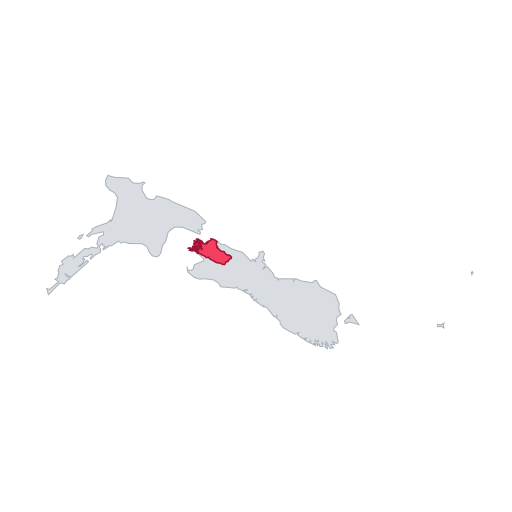 Marlborough District on a map of New Zealand (orthographic projection), rotated 261°
{"feature_id": "NZL-3401", "entity_name": "Marlborough District", "entity_type": "Unitary Authority", "adm_level": 1, "iso_a3": "NZL", "parent_name": "New Zealand", "parent_adm1": "", "projection": "orthographic", "projection_center": [173.864, -41.59], "detail": "fine", "context": "in_parent", "style": "filled", "palette": "rose", "viewbox_px": 512, "rotation_deg": 261, "n_neighbors": 0, "source": "natural_earth", "source_scale": "10m", "svg_char_len": 9453}
<svg xmlns="http://www.w3.org/2000/svg" viewBox="0 0 512 512"><g transform="rotate(261 256 256)"><path d="M259.4,203.8L261.4,203.9L270.3,196.9L274.0,195.4L275.0,195.3L273.0,197.4L273.5,198.8L271.4,203.6L273.1,202.8L274.2,199.5L275.4,198.9L274.9,197.1L280.3,197.7L278.5,201.0L275.6,202.9L277.4,203.0L281.5,199.7L281.4,201.6L276.1,207.2L277.7,210.3L276.4,212.9L277.9,212.6L279.9,214.5L278.7,217.1L273.0,223.6L272.1,226.9L267.1,232.7L261.6,243.4L251.5,250.4L253.4,252.3L249.9,255.0L252.7,254.4L254.7,258.5L259.2,259.8L259.6,263.7L256.7,264.8L253.8,263.0L249.6,263.8L251.0,262.2L249.2,261.1L246.2,264.4L241.7,260.6L244.2,265.1L235.6,270.5L232.0,271.0L230.7,273.8L228.7,274.1L229.9,275.0L227.6,289.3L225.2,289.3L227.5,290.8L227.2,292.2L224.4,296.5L220.9,307.5L222.5,310.0L222.3,311.8L215.3,314.9L205.5,328.4L196.2,330.7L190.8,329.5L184.7,330.8L183.4,327.2L181.2,325.4L175.6,325.8L172.8,322.0L170.4,321.1L167.8,323.5L159.2,323.8L157.5,323.3L157.1,321.8L160.0,317.5L157.2,319.9L155.9,319.8L156.9,317.8L156.6,316.1L153.2,318.2L153.2,314.6L160.9,311.7L157.7,311.6L157.4,310.4L160.3,307.5L156.2,308.1L156.6,304.9L158.9,304.7L157.9,302.5L162.8,304.5L162.0,302.4L163.8,301.6L160.4,300.2L160.1,298.0L161.6,296.1L163.8,296.7L162.2,294.8L165.8,290.6L167.0,293.6L167.0,289.2L171.6,284.7L173.8,286.2L172.6,282.4L180.4,272.1L185.0,269.3L187.7,269.6L191.8,266.3L193.8,267.4L192.9,265.3L193.4,264.2L204.3,258.1L204.3,256.2L205.5,255.9L204.6,255.5L210.8,249.1L213.5,249.4L211.8,247.7L214.4,246.0L217.1,247.1L215.5,245.2L217.9,244.0L219.1,245.6L219.2,243.2L222.9,238.2L223.7,242.1L224.2,241.5L223.9,237.6L226.5,233.0L228.6,232.0L227.5,230.6L231.1,216.3L235.4,214.5L239.1,210.2L241.4,202.2L242.1,196.3L244.4,191.8L250.8,186.1L256.2,186.1L252.5,186.7L252.0,189.6L253.1,192.0L257.1,193.7L259.4,203.8ZM255.2,46.7L261.5,57.0L264.6,53.8L265.1,56.2L271.1,59.0L272.2,58.0L277.1,60.7L277.9,64.3L281.3,63.1L285.5,70.9L284.8,72.9L286.1,75.7L282.6,75.9L290.2,87.9L289.2,92.1L290.5,94.9L288.6,100.2L291.7,101.9L292.9,100.6L299.3,103.9L300.9,108.9L303.8,108.9L303.0,96.9L301.1,93.8L302.5,91.9L306.6,98.3L308.3,98.1L310.1,103.3L312.0,114.5L314.5,118.1L313.1,117.5L312.8,118.4L314.1,119.4L326.1,125.5L335.3,128.3L340.6,126.2L343.9,121.9L349.3,118.6L354.1,119.2L358.8,122.3L355.9,128.4L352.9,142.1L347.4,145.8L345.9,152.7L346.8,155.6L345.7,157.8L343.6,154.7L338.9,153.6L330.7,156.8L328.3,160.1L327.9,164.4L330.9,167.3L325.7,178.5L322.9,181.5L309.8,202.6L297.8,211.7L296.3,210.8L295.4,207.1L290.4,207.2L290.8,203.0L290.2,202.5L288.2,204.9L286.1,204.0L295.6,188.5L297.3,180.8L295.6,176.7L293.1,172.9L285.2,169.5L281.3,165.5L273.8,162.4L271.6,160.4L270.7,157.9L272.2,153.8L276.3,151.2L282.3,149.7L285.9,145.5L288.2,132.5L290.5,127.8L289.8,124.8L292.2,122.7L288.6,114.4L289.3,111.9L288.2,111.5L286.0,106.2L287.4,106.0L288.7,109.0L290.1,106.5L292.4,106.0L289.7,102.6L286.3,103.6L284.0,102.6L282.2,97.5L278.7,92.1L279.7,91.9L282.6,94.6L283.6,92.5L281.8,89.4L282.5,86.2L280.2,84.4L279.9,86.4L275.8,83.4L273.5,78.5L273.6,81.0L278.2,88.2L276.9,89.7L276.1,89.0L264.0,70.0L268.0,64.8L265.5,65.8L263.3,69.0L262.1,67.7L261.3,65.3L258.3,62.2L259.6,60.3L259.7,57.8L250.2,44.9L256.7,44.2L255.2,46.7ZM178.0,333.3L181.4,337.9L179.7,337.7L179.8,338.8L183.1,339.6L183.2,341.7L172.2,346.9L176.0,338.4L175.3,333.6L178.0,333.3ZM159.2,428.3L160.5,431.2L156.9,430.0L155.2,430.8L157.6,427.6L157.6,424.4L160.1,424.6L159.2,428.3ZM303.6,85.0L304.3,88.7L300.5,85.9L300.3,84.0L301.4,82.7L303.6,85.0ZM273.4,194.0L271.1,195.4L271.6,192.4L274.3,190.5L273.4,194.0ZM156.6,310.7L156.5,312.4L153.2,312.0L155.5,309.8L156.6,310.7ZM206.0,466.1L206.8,467.2L205.4,467.8L203.8,466.2L206.0,466.1ZM159.4,299.3L160.4,302.1L158.1,300.8L159.4,299.3Z" fill="#d9dde1" stroke="#a8b0b8" stroke-width="1"/><path d="M267.7,198.5L268.0,198.4L268.3,198.5L268.5,198.8L268.7,199.2L268.7,199.7L268.9,199.7L269.0,199.5L269.0,199.4L269.1,199.5L269.5,199.5L269.2,199.0L269.5,198.7L269.9,198.6L270.4,198.3L270.5,198.1L270.5,197.8L270.3,197.7L270.1,197.6L269.4,198.1L269.3,197.6L269.6,197.2L269.8,197.1L270.6,196.6L271.4,196.5L271.9,195.8L272.4,195.5L272.3,196.5L272.7,196.6L273.3,196.0L273.4,195.5L273.5,195.5L273.8,195.4L274.7,194.9L275.0,194.9L275.4,195.0L275.6,195.7L275.3,195.7L274.4,195.5L274.5,195.8L274.3,196.2L274.2,196.5L274.0,196.4L273.8,196.4L273.6,196.5L273.4,196.6L273.6,196.9L273.8,197.0L273.5,197.3L272.9,197.4L272.4,197.5L272.1,197.2L271.9,197.2L271.3,197.2L271.1,197.5L271.5,197.9L271.3,198.1L271.1,198.3L271.1,198.5L271.4,198.6L271.3,198.9L271.2,199.1L270.9,199.5L271.0,199.7L271.3,199.8L271.4,199.7L271.5,199.3L271.9,198.7L273.1,198.4L273.7,198.3L274.2,198.6L273.8,198.6L273.7,198.7L273.6,199.2L273.0,198.9L272.9,198.9L272.8,199.1L273.0,199.5L272.9,199.7L272.9,199.8L272.7,199.8L272.6,199.7L272.5,200.2L272.2,200.4L271.9,200.5L271.8,200.8L272.0,200.8L272.3,201.0L272.6,201.2L272.7,201.5L272.7,201.8L272.5,202.3L272.5,202.6L272.3,202.8L271.8,203.1L270.8,203.4L270.9,203.7L271.0,203.8L271.3,204.0L273.1,202.9L273.8,202.7L273.5,202.5L273.1,202.5L273.0,202.3L273.7,202.2L274.1,202.2L274.3,202.3L274.6,202.4L275.0,202.4L275.5,202.3L275.7,202.1L275.4,201.8L276.4,201.9L276.9,201.7L277.3,201.3L275.3,201.4L275.0,201.4L275.0,201.5L274.9,201.7L274.8,201.8L274.6,201.7L274.4,201.6L274.5,201.3L273.6,201.7L273.1,201.7L273.0,201.0L273.1,200.6L273.2,200.4L273.7,200.0L273.7,199.9L273.7,199.6L274.0,199.5L274.0,199.4L274.0,199.1L274.7,199.2L274.5,199.6L274.4,199.9L274.5,200.7L274.8,200.1L275.0,199.6L275.2,199.4L275.7,199.4L275.5,198.9L275.4,198.7L275.7,198.2L275.7,197.9L275.5,197.6L275.3,197.6L275.1,197.8L275.1,198.2L274.9,198.4L274.7,198.3L274.2,197.7L274.7,197.5L274.5,197.2L274.5,196.9L274.9,197.0L274.9,196.5L275.2,196.6L275.9,197.3L276.2,197.5L276.6,197.7L276.9,197.5L277.2,197.1L277.5,197.4L277.8,197.3L278.0,196.9L277.9,196.5L278.2,196.6L278.5,196.9L278.7,197.2L278.8,197.5L278.7,198.0L278.3,198.1L278.2,198.2L278.2,198.4L278.3,198.6L278.6,198.9L278.9,198.7L279.2,198.4L279.6,198.0L280.3,197.2L280.6,197.1L280.7,197.4L280.6,197.8L279.7,199.3L279.5,199.5L279.5,200.0L279.4,200.1L279.2,200.3L279.0,200.5L278.8,200.7L278.6,200.7L278.5,200.4L278.5,199.5L278.5,199.4L278.3,199.5L278.2,200.0L277.9,199.9L277.9,200.1L278.0,200.4L278.1,200.7L278.5,201.1L278.6,201.3L278.7,201.6L278.4,201.8L278.4,201.7L278.0,201.9L277.7,202.4L277.4,202.4L276.5,202.4L276.0,202.6L275.7,202.9L275.3,202.7L275.1,202.8L275.0,203.1L274.7,202.9L274.4,203.0L274.1,203.2L273.9,203.5L274.2,203.7L274.7,203.6L274.9,203.5L275.3,203.6L275.5,203.5L275.8,203.3L276.1,203.1L276.3,203.0L276.7,203.1L277.0,202.9L277.5,202.7L277.7,203.0L278.0,203.2L278.2,203.3L278.4,203.4L278.7,203.3L278.9,203.1L279.6,203.0L279.9,202.8L280.7,202.3L280.4,202.9L280.2,203.4L279.5,204.1L279.4,204.6L279.2,204.8L278.7,204.9L278.3,205.2L278.0,205.3L278.1,205.1L278.4,204.6L278.4,204.4L277.9,204.7L277.7,204.7L277.8,204.3L277.3,204.7L276.9,205.3L276.7,205.9L276.3,206.6L275.9,207.1L275.8,207.4L275.8,207.9L276.0,208.6L276.1,208.9L275.9,209.3L276.3,209.4L276.5,209.7L276.6,210.0L276.8,210.3L277.0,209.8L276.9,209.7L276.8,209.2L276.7,208.8L277.0,209.1L277.9,210.7L278.0,211.1L278.2,212.0L278.2,212.3L278.6,213.6L278.9,214.1L279.2,214.4L279.7,214.4L280.0,214.3L279.9,214.9L278.7,217.2L278.4,217.7L276.3,219.9L275.7,219.1L275.3,219.0L275.0,219.0L274.4,218.9L274.0,218.6L273.7,218.6L273.4,218.6L272.0,218.9L271.6,219.1L271.4,219.3L271.2,219.4L270.9,219.0L270.6,218.7L270.3,218.6L270.1,218.9L269.8,219.6L269.5,219.9L269.1,220.1L268.8,220.4L268.4,220.6L268.1,220.7L267.8,221.0L267.3,221.3L266.2,222.3L265.7,223.6L265.7,224.3L265.5,224.6L265.4,225.0L265.2,225.3L263.6,225.9L263.0,226.2L262.1,227.2L261.5,227.6L261.1,228.1L260.9,228.4L261.4,228.7L261.3,229.0L261.0,229.8L260.6,230.2L260.3,230.7L260.0,230.9L259.6,231.0L259.0,231.4L258.8,231.6L258.4,231.6L258.0,231.2L257.5,231.0L257.3,230.8L257.3,230.6L257.4,230.2L257.4,229.9L256.7,229.3L256.4,228.8L256.2,228.5L256.0,228.0L255.1,227.7L254.9,227.4L255.0,227.1L255.1,226.8L255.0,226.4L254.8,226.2L254.6,225.6L254.6,225.2L254.4,224.9L254.2,224.8L253.9,224.5L253.3,224.4L253.0,224.3L252.7,223.5L252.5,223.4L253.1,221.4L254.8,219.1L254.9,218.7L255.1,217.4L255.3,216.7L255.9,215.8L256.2,215.4L256.3,215.1L256.4,214.8L257.4,213.9L258.2,212.9L258.6,212.1L260.0,210.5L260.5,209.7L261.3,209.5L261.7,209.4L262.0,209.3L262.2,208.9L262.1,208.4L262.1,207.8L262.2,207.2L262.2,206.9L262.4,206.3L262.9,206.1L263.4,205.7L264.2,204.9L265.8,202.5L266.5,201.8L267.0,201.1L267.3,200.7L267.6,199.9L267.7,199.1L267.7,198.5ZM271.1,195.0L271.4,194.9L271.5,194.7L271.4,194.2L271.1,194.6L271.0,194.3L271.0,194.0L271.0,193.7L271.1,193.4L271.4,193.7L271.6,194.0L271.9,194.2L272.2,194.2L272.0,193.9L271.8,193.7L271.7,193.4L271.6,193.0L271.7,192.6L271.9,191.7L272.0,191.5L272.2,192.0L272.4,192.0L272.4,191.7L272.5,191.5L272.7,191.4L272.9,191.5L272.9,191.9L272.9,192.3L273.0,192.7L273.1,192.4L273.7,192.3L273.9,192.0L273.3,192.0L273.9,191.5L274.1,191.2L274.2,190.5L274.3,190.4L274.4,190.7L274.4,191.1L274.2,192.0L274.3,192.2L274.3,192.4L274.1,192.5L273.8,193.0L273.7,193.8L273.6,194.1L273.1,194.1L272.7,194.6L272.2,194.8L272.0,195.2L271.8,195.4L271.5,195.5L271.3,195.5L271.0,195.4L271.1,195.0ZM281.6,199.7L281.9,199.8L282.0,199.9L281.9,200.2L282.0,200.5L281.9,200.8L281.8,201.5L281.6,201.8L281.4,202.0L280.4,202.0L280.2,202.1L279.6,202.6L279.3,202.6L278.4,202.6L278.7,202.3L279.4,202.3L279.5,202.2L280.4,201.2L280.7,201.5L281.1,201.3L281.4,200.9L281.4,200.5L281.2,200.6L280.8,200.5L280.7,200.2L281.0,200.2L281.4,199.8L281.6,199.7Z" fill="#f43f5e" stroke="#9f1239" stroke-width="1.5"/></g></svg>